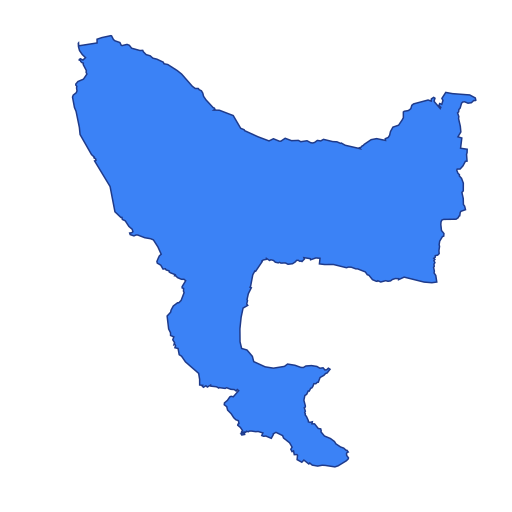 Jocotepec, Jalisco, Mexico (Albers equal-area conic projection), rotated 7°
{"feature_id": "50627088B19235204085767", "entity_name": "Jocotepec", "entity_type": "district", "adm_level": 2, "iso_a3": "MEX", "parent_name": "Mexico", "parent_adm1": "Jalisco", "projection": "albers", "projection_center": [-103.393, 20.289], "detail": "fine", "context": "isolated", "style": "filled", "palette": "blue", "viewbox_px": 512, "rotation_deg": 7, "n_neighbors": 0, "source": "geoboundaries", "source_scale": "gbopen_adm2", "svg_char_len": 6031}
<svg xmlns="http://www.w3.org/2000/svg" viewBox="0 0 512 512"><g transform="rotate(7 256 256)"><path d="M66.6,156.9L80.4,175.4L83.5,177.6L83.2,178.3L85.1,179.2L85.5,180.6L84.2,181.3L102.7,204.8L110.6,229.3L117.2,234.2L118.2,234.0L118.9,236.0L121.9,237.0L126.3,242.2L129.9,244.6L130.9,246.9L129.7,248.1L127.8,248.6L128.5,250.1L132.4,250.9L134.5,249.7L136.1,249.6L143.3,251.4L149.3,251.7L152.2,252.5L157.5,258.9L161.7,265.8L160.1,267.6L159.4,269.6L158.3,273.5L158.9,275.1L162.6,276.7L165.3,280.3L167.6,279.7L168.5,280.8L171.5,281.3L171.8,282.4L173.2,283.1L178.1,284.4L177.6,285.5L179.0,285.6L180.7,287.0L184.8,288.2L187.4,287.9L189.2,289.1L186.4,295.4L186.6,296.7L188.1,297.0L188.3,299.8L189.1,301.1L187.1,309.2L185.1,311.8L183.8,312.0L180.0,315.7L178.3,320.1L178.1,322.2L175.1,326.4L178.2,339.1L180.5,342.6L180.9,345.3L184.3,346.3L183.6,349.3L185.7,351.8L185.4,353.9L186.1,353.4L187.1,354.8L186.7,356.9L189.9,357.3L191.8,363.3L194.3,364.5L198.9,369.7L213.4,379.5L215.1,385.4L215.8,390.9L218.6,390.9L218.2,391.4L219.8,392.7L222.1,390.9L223.7,392.0L226.7,389.6L227.0,390.7L232.7,390.6L235.1,391.6L235.4,391.1L241.5,391.2L242.9,390.3L247.3,391.4L250.7,391.2L252.7,392.4L253.7,390.8L255.2,391.8L250.6,398.5L248.4,398.3L247.2,399.0L245.2,402.8L242.6,405.6L242.6,407.5L245.3,409.1L246.6,412.4L250.5,415.5L253.7,419.3L256.0,421.0L258.6,421.6L259.5,424.4L258.6,425.1L258.5,426.2L261.3,428.0L263.9,430.9L263.1,432.3L262.9,434.4L263.7,435.4L266.5,434.5L266.1,433.2L263.8,433.4L265.6,432.1L267.3,432.2L267.8,431.1L269.8,431.4L270.7,430.6L272.9,430.3L277.1,430.4L279.6,429.9L284.4,430.8L283.6,433.5L285.5,434.0L287.7,433.5L293.4,435.1L295.0,431.1L294.8,430.4L297.3,428.6L304.3,431.0L305.5,433.3L312.1,437.3L315.1,441.3L314.1,443.6L315.6,445.8L317.0,444.9L318.2,448.5L320.7,448.1L321.5,448.7L321.6,453.1L326.6,455.1L328.4,452.7L333.8,456.0L334.5,454.9L337.3,456.7L342.8,457.0L347.2,455.6L350.3,455.4L360.0,455.7L363.0,454.3L370.7,448.2L372.3,446.1L372.4,445.1L370.3,442.9L369.9,441.1L370.4,439.9L371.4,439.3L370.0,437.8L369.0,437.8L366.5,436.0L363.1,435.2L358.2,432.7L356.5,430.6L352.2,428.1L345.8,426.3L341.9,422.6L342.0,421.5L341.3,419.7L338.8,419.6L334.6,415.5L331.9,415.7L332.1,413.7L329.8,414.6L328.2,414.2L328.0,413.0L325.6,409.1L324.2,407.8L324.2,406.6L323.4,405.5L323.9,404.1L322.4,400.7L323.3,399.9L323.3,398.9L321.1,393.3L321.5,388.5L323.1,387.2L324.3,383.6L325.3,383.6L326.4,380.6L327.4,380.2L328.3,378.6L329.0,375.7L330.9,375.5L332.2,373.9L333.2,373.7L334.4,368.8L338.0,366.1L339.4,364.1L340.8,363.5L343.3,359.4L341.5,358.5L340.0,360.3L338.3,360.7L336.2,358.8L333.1,359.6L329.9,358.2L324.4,358.0L318.9,359.1L316.6,360.9L314.1,361.1L308.0,359.7L300.5,359.4L297.7,362.1L287.0,365.2L278.6,364.9L266.6,361.1L264.6,356.0L258.5,350.4L253.0,349.5L250.6,343.1L248.9,330.3L248.7,318.6L249.5,309.3L253.8,306.0L252.6,304.8L253.0,301.2L252.4,300.4L253.0,294.3L255.2,288.1L253.2,287.7L254.0,287.7L254.3,286.9L255.1,275.0L256.7,271.0L257.5,271.2L262.8,260.8L262.4,260.3L263.8,259.0L266.6,258.1L266.6,257.1L270.1,258.8L271.2,257.9L273.9,258.3L275.9,259.8L278.9,260.1L280.2,259.4L281.6,260.0L286.0,259.3L288.8,260.3L293.2,259.2L295.8,257.0L296.8,255.4L298.4,255.1L300.1,255.9L301.4,255.5L302.3,255.9L304.4,253.1L303.7,251.8L310.2,252.0L310.6,253.1L315.7,250.6L319.8,250.5L319.8,249.7L319.9,256.1L325.1,256.1L334.0,255.0L347.2,256.6L349.2,255.7L352.0,255.5L356.6,256.6L358.5,256.4L366.5,258.5L368.7,261.0L370.5,261.4L374.5,265.3L378.4,266.4L379.3,266.4L379.9,265.7L383.0,266.6L387.7,264.7L390.1,265.0L392.6,264.3L394.2,262.7L397.0,261.4L400.3,261.1L400.4,262.1L405.6,258.9L426.0,261.4L433.8,261.1L438.6,259.8L436.8,253.4L434.8,251.1L434.9,249.3L433.6,245.5L434.2,244.6L433.6,242.4L434.4,240.8L433.1,238.9L434.0,237.7L432.7,236.6L434.0,235.5L433.9,233.8L436.2,233.0L437.5,231.3L436.9,228.3L437.0,224.1L436.4,222.5L436.5,218.9L438.7,214.0L439.9,213.4L439.8,210.8L437.0,208.1L435.6,202.2L435.5,199.5L436.1,197.7L437.7,196.8L450.1,195.1L452.1,193.3L452.5,191.8L453.3,191.3L453.4,187.9L453.9,186.7L458.3,184.5L457.0,181.1L455.6,179.6L454.7,173.7L452.6,167.8L453.8,166.1L452.9,158.4L450.5,153.8L448.1,151.8L448.0,150.5L446.3,149.2L444.8,146.4L445.1,145.2L448.0,144.8L450.4,141.4L452.3,136.5L453.9,136.1L452.6,129.5L452.9,127.7L452.6,124.3L445.9,124.1L445.9,113.8L441.9,113.1L444.2,107.9L443.0,102.4L440.3,94.9L440.3,92.8L438.6,89.4L439.6,88.2L439.5,85.9L440.6,84.3L441.4,79.3L442.4,78.0L444.2,77.5L447.8,78.5L451.1,77.6L453.2,75.1L454.5,75.1L455.2,74.6L454.4,72.4L448.5,70.1L431.2,70.9L424.4,70.5L421.3,76.9L422.6,78.8L421.9,82.8L419.7,82.3L419.2,84.4L421.3,85.9L420.9,87.2L414.5,81.4L413.9,80.5L414.4,77.6L413.0,76.9L410.9,78.7L411.0,80.9L407.8,80.2L393.9,85.8L392.3,87.4L391.7,90.9L390.6,92.1L389.4,93.1L385.5,94.3L384.7,95.1L385.4,100.8L384.5,103.1L381.6,108.8L376.2,111.4L374.3,116.1L373.9,119.9L372.8,122.2L370.0,123.8L370.5,125.5L361.4,124.8L356.1,126.5L349.8,132.0L348.9,133.3L348.0,133.7L347.0,135.2L345.4,136.0L346.3,136.8L331.0,135.2L326.9,133.5L326.2,133.9L322.4,132.8L318.2,133.1L308.8,132.0L306.2,133.9L302.8,133.8L300.4,136.1L298.6,136.9L296.5,136.9L292.6,135.4L286.5,137.1L284.0,136.1L277.2,137.2L270.6,135.6L266.7,139.0L265.2,139.2L259.0,137.5L254.9,140.2L243.4,137.4L229.5,133.0L228.8,132.1L225.2,131.1L216.3,119.4L202.0,115.8L196.3,116.3L197.3,115.3L196.7,114.3L195.3,113.9L187.3,107.1L184.5,103.9L183.3,100.8L181.7,98.7L179.2,97.8L178.4,96.8L175.2,97.1L172.1,95.3L160.0,84.5L155.3,81.6L145.1,76.7L141.3,76.4L140.3,74.9L133.6,72.7L129.5,72.2L126.6,70.2L122.4,69.5L119.4,67.1L118.5,65.7L115.8,66.2L107.2,64.9L104.6,62.3L102.2,61.7L97.4,63.5L96.5,63.2L94.9,60.7L89.8,59.6L88.1,58.5L85.8,55.1L85.0,55.0L76.4,58.0L71.8,60.2L72.3,63.9L54.4,69.0L53.9,66.2L53.7,66.5L54.3,69.9L55.8,73.6L59.0,77.2L62.6,79.9L60.3,82.6L57.7,81.6L56.7,82.4L56.6,83.0L58.0,83.4L58.3,84.3L59.7,85.3L61.1,85.6L61.2,87.1L65.0,92.6L65.0,94.4L66.0,96.0L63.2,101.5L58.0,104.5L56.2,107.3L56.3,108.3L57.5,109.4L57.4,111.1L58.2,113.9L57.7,115.8L55.0,118.6L54.5,120.6L57.7,130.7L59.8,134.4L65.0,149.9L66.6,156.9Z" fill="#3b82f6" stroke="#1e3a8a" stroke-width="1.5"/></g></svg>